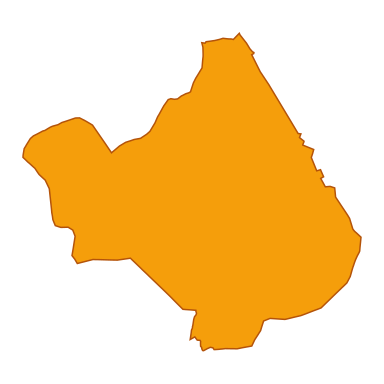 outline of Magdalena, Veracruz, Mexico
{"feature_id": "50627088B30060167879999", "entity_name": "Magdalena", "entity_type": "district", "adm_level": 2, "iso_a3": "MEX", "parent_name": "Mexico", "parent_adm1": "Veracruz", "projection": "natural_earth1", "projection_center": [-97.048, 18.769], "detail": "fine", "context": "isolated", "style": "filled", "palette": "amber", "viewbox_px": 384, "rotation_deg": 0, "n_neighbors": 0, "source": "geoboundaries", "source_scale": "gbopen_adm2", "svg_char_len": 3207}
<svg xmlns="http://www.w3.org/2000/svg" viewBox="0 0 384 384"><path d="M239.3,33.3L233.3,39.5L231.6,39.0L228.2,38.9L223.0,38.3L219.5,39.4L214.8,40.5L209.4,41.3L206.1,41.7L205.0,43.2L201.8,42.7L202.9,47.2L203.0,50.1L203.1,53.9L203.1,56.1L203.0,57.3L202.7,60.0L202.6,61.1L202.1,67.1L202.0,68.0L199.9,71.4L199.2,72.6L196.2,77.5L195.8,78.1L193.4,82.9L190.5,91.8L188.8,92.8L185.9,93.7L182.8,95.3L181.3,96.0L177.6,98.9L174.5,99.3L170.8,98.7L170.0,99.0L168.2,99.6L164.9,104.3L163.9,105.7L162.3,108.5L162.0,109.1L158.7,115.1L158.4,115.5L157.5,117.1L155.0,122.9L149.9,131.4L146.6,134.3L141.0,138.0L140.7,138.3L137.4,138.9L134.1,139.5L131.0,140.6L125.7,142.3L119.5,146.0L117.4,147.8L111.5,152.8L105.0,143.2L95.6,129.6L92.5,125.1L89.7,123.4L85.6,121.0L79.6,117.9L75.4,118.0L65.7,121.3L61.9,122.5L58.0,124.7L52.9,126.1L51.6,126.6L50.3,127.2L47.9,128.6L45.0,130.4L42.6,131.1L40.6,132.2L37.0,134.1L33.4,135.9L30.4,138.5L28.9,140.9L26.1,145.4L25.9,145.9L24.2,148.6L23.3,153.9L23.1,155.3L23.0,157.4L24.2,158.5L27.9,162.1L29.0,163.0L33.3,166.9L34.9,168.3L37.7,172.5L39.1,174.5L43.3,178.4L45.2,180.1L49.3,188.7L50.5,199.9L51.5,209.2L51.8,212.7L52.4,216.0L52.9,219.7L53.9,222.2L55.3,225.6L59.2,226.9L60.9,227.4L68.1,227.2L69.9,228.3L72.8,230.1L74.9,235.7L75.1,236.4L73.2,248.5L72.0,255.6L74.7,259.1L76.3,261.8L77.1,263.2L77.3,263.5L93.0,259.5L96.1,259.6L98.1,259.6L111.8,260.0L117.4,260.1L130.4,258.2L140.2,267.6L142.0,269.4L144.1,271.4L145.7,272.9L147.5,274.6L149.0,276.1L151.1,278.1L153.7,280.6L155.7,282.5L158.3,285.0L165.7,292.1L166.9,293.3L169.5,295.8L176.6,303.0L177.2,303.6L179.3,305.7L182.4,308.8L182.9,309.3L186.4,309.6L186.7,309.6L189.7,309.8L195.9,310.3L195.9,311.3L196.5,313.2L196.1,314.7L194.5,316.8L193.7,319.5L193.1,323.7L192.8,325.6L192.5,326.5L192.4,328.1L191.5,330.1L191.2,332.8L190.9,334.9L190.2,339.5L192.7,338.1L194.8,336.9L197.2,340.1L200.1,340.4L200.6,341.3L200.5,343.3L200.6,346.2L201.6,347.4L201.9,349.0L202.6,350.5L203.6,350.7L207.6,348.5L208.8,348.0L210.3,347.3L212.9,347.8L214.1,349.6L214.7,349.6L219.1,349.3L219.9,349.2L220.5,349.1L222.1,349.0L225.3,348.6L231.1,348.7L233.9,348.7L235.8,348.8L237.1,348.8L242.0,347.8L245.8,347.1L250.9,346.2L251.8,346.0L254.7,339.8L258.4,334.1L258.5,333.9L260.6,330.6L261.7,326.9L263.6,321.0L269.3,318.7L270.0,318.4L284.9,319.4L286.8,319.0L292.9,317.5L294.1,317.2L300.1,315.8L300.9,315.6L302.8,314.9L305.5,313.9L311.4,311.6L316.1,309.8L317.3,309.4L321.1,307.9L324.4,304.7L328.5,300.7L333.1,296.2L338.7,290.8L342.1,287.5L343.1,286.6L346.8,283.0L348.3,280.2L349.6,277.7L350.2,276.6L351.4,272.4L351.8,270.9L352.9,267.2L353.5,265.6L354.3,263.1L355.3,260.4L355.7,259.4L357.3,255.9L359.0,252.7L359.7,251.1L359.8,249.8L360.0,247.3L360.5,242.5L361.0,237.2L357.5,233.9L354.7,231.4L354.0,230.6L352.8,229.0L349.6,218.5L347.5,215.0L340.7,204.8L335.6,197.1L334.7,187.9L330.1,186.4L325.3,186.8L320.7,178.4L323.6,176.8L320.5,169.7L317.6,170.6L316.7,170.8L311.3,157.5L312.6,153.6L313.7,149.5L302.8,145.1L302.8,144.6L303.9,141.9L304.0,141.2L299.5,137.6L300.9,133.9L298.1,133.5L290.7,121.1L281.5,105.8L269.3,85.5L269.3,85.4L260.2,71.7L251.7,54.7L253.7,53.6L253.9,52.5L252.5,51.8L249.9,48.8L246.5,43.2L240.0,34.9L239.3,33.3Z" fill="#f59e0b" stroke="#b45309" stroke-width="1.5"/></svg>